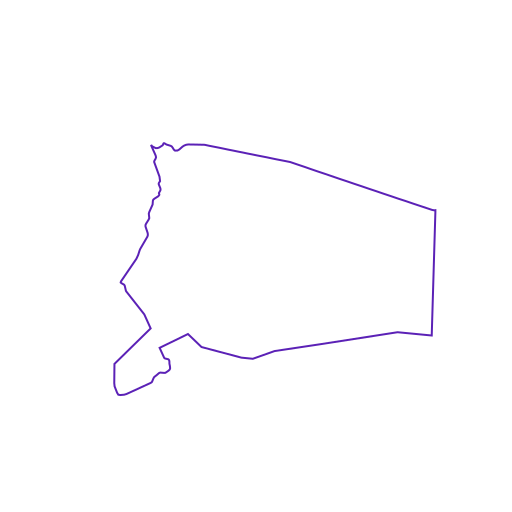 SVG path tracing the border of Kanem, rotated 66°
{"feature_id": "TCD-1465", "entity_name": "Kanem", "entity_type": "Prefecture", "adm_level": 1, "iso_a3": "TCD", "parent_name": "Chad", "parent_adm1": "", "projection": "albers", "projection_center": [14.708, 15.037], "detail": "fine", "context": "isolated", "style": "outline", "palette": "violet", "viewbox_px": 512, "rotation_deg": 66, "n_neighbors": 0, "source": "natural_earth", "source_scale": "10m", "svg_char_len": 2197}
<svg xmlns="http://www.w3.org/2000/svg" viewBox="0 0 512 512"><g transform="rotate(66 256 256)"><path d="M111.9,306.6L113.5,306.3L116.7,303.7L117.4,301.9L117.5,300.1L116.9,296.3L116.6,295.8L115.6,294.8L115.5,294.3L115.8,293.8L117.7,292.5L120.7,289.1L121.7,288.4L123.6,288.0L125.4,287.8L126.8,287.1L127.7,284.8L127.5,282.8L126.2,278.6L125.9,276.6L126.0,274.5L126.5,272.7L127.9,269.6L131.0,263.0L133.5,257.7L136.3,253.9L139.1,249.9L141.9,245.9L144.7,242.0L147.6,238.0L150.4,234.0L153.2,230.1L156.0,226.1L158.9,222.1L161.7,218.1L164.5,214.2L167.3,210.2L170.1,206.2L173.0,202.2L175.8,198.3L178.6,194.3L181.4,190.3L184.1,186.5L189.2,181.0L194.7,175.0L198.4,171.1L203.7,165.4L208.9,159.7L214.2,154.0L219.5,148.3L224.7,142.6L230.0,136.9L235.2,131.2L240.5,125.5L245.7,119.8L251.0,114.1L256.2,108.4L261.5,102.7L266.7,96.9L272.0,91.2L277.2,85.5L282.4,79.8L285.6,76.3L286.8,74.5L287.1,73.5L288.7,74.2L400.1,127.8L383.2,157.7L362.6,233.7L350.4,277.7L348.6,300.7L342.9,310.7L317.0,342.8L299.6,349.9L300.7,381.4L311.6,381.3L312.2,381.1L312.6,380.8L314.7,378.1L315.1,377.9L315.6,377.8L316.2,377.8L317.3,378.1L319.2,378.9L321.5,379.4L323.6,380.1L324.1,380.5L324.6,381.0L325.1,382.2L325.4,383.6L325.8,385.9L325.8,386.5L325.3,387.7L323.6,390.8L323.5,391.4L323.5,392.2L324.5,395.5L324.8,396.8L325.2,398.2L325.4,398.6L326.3,399.7L328.3,401.8L328.9,402.6L329.1,404.0L329.4,430.5L329.1,432.8L327.8,436.6L326.7,438.2L324.4,438.5L317.6,438.2L314.5,437.2L297.0,429.2L279.3,381.7L263.9,381.8L235.7,388.9L234.9,389.0L230.2,388.1L229.5,388.0L228.5,388.2L226.2,389.9L225.2,390.4L224.3,389.7L209.9,366.4L207.2,363.3L203.5,360.0L202.4,358.8L194.1,347.3L193.4,346.7L192.9,346.3L191.9,345.9L190.8,345.6L184.5,345.0L183.7,344.8L182.7,344.3L181.8,343.3L179.1,339.3L178.0,338.1L173.7,336.7L172.4,335.6L166.9,329.5L163.7,327.8L163.1,327.3L162.7,326.8L162.3,325.3L161.7,321.2L161.4,320.5L161.0,319.7L160.5,319.3L159.9,319.2L159.3,319.2L158.9,319.0L157.2,316.7L156.6,316.3L156.0,316.0L154.8,315.8L151.5,315.7L150.6,315.6L150.1,315.3L149.7,314.9L148.6,313.2L144.3,311.9L128.7,310.8L128.0,310.4L127.3,309.6L126.4,308.3L125.2,307.2L124.0,306.9L122.7,306.8L112.6,306.8L111.9,306.6Z" fill="none" stroke="#5b21b6" stroke-width="2"/></g></svg>